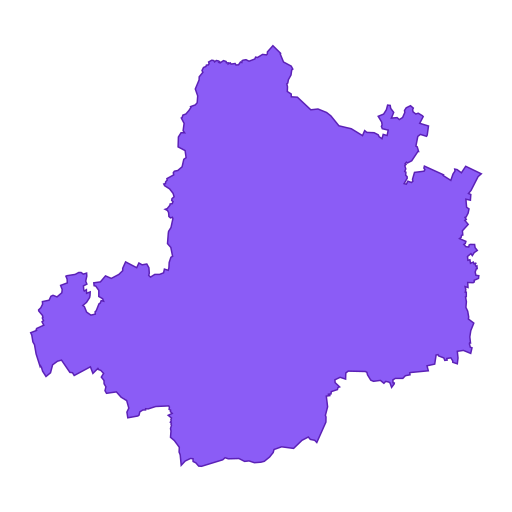 Cashel-Tipperary Lea-7, South Tipperary, Ireland (orthographic projection)
{"feature_id": "5873133B11959666540716", "entity_name": "Cashel-Tipperary Lea-7", "entity_type": "district", "adm_level": 2, "iso_a3": "IRL", "parent_name": "Ireland", "parent_adm1": "South Tipperary", "projection": "orthographic", "projection_center": [-8.111, 52.526], "detail": "fine", "context": "isolated", "style": "filled", "palette": "violet", "viewbox_px": 512, "rotation_deg": 0, "n_neighbors": 0, "source": "geoboundaries", "source_scale": "gbopen_adm2", "svg_char_len": 5997}
<svg xmlns="http://www.w3.org/2000/svg" viewBox="0 0 512 512"><path d="M201.5,466.3L222.7,459.8L225.1,457.7L228.3,458.8L238.9,458.5L244.6,461.4L249.0,460.9L254.4,462.7L260.9,462.2L264.3,461.3L269.6,457.0L273.2,452.5L274.0,449.5L281.6,446.8L293.6,448.4L302.0,440.3L308.3,437.0L310.3,439.4L314.7,440.3L316.8,442.5L325.9,422.1L326.0,417.0L325.4,415.3L327.6,406.8L326.3,396.1L330.5,395.5L328.5,395.4L328.4,394.2L331.0,393.9L331.3,391.6L337.4,389.6L338.0,387.5L339.6,386.9L335.1,382.6L334.9,379.8L340.1,377.3L345.6,379.1L345.8,373.0L348.2,371.1L365.3,371.5L366.9,372.3L367.5,374.8L370.8,380.2L373.5,381.3L380.4,380.4L383.9,383.3L385.7,381.4L388.7,382.0L390.0,382.9L391.6,387.4L394.2,383.9L394.3,383.0L393.0,382.8L392.9,379.9L395.3,378.4L402.8,378.4L405.4,375.7L410.0,374.8L409.7,372.8L410.6,372.5L428.3,370.8L427.0,365.8L434.7,364.1L436.1,355.0L438.0,354.6L438.6,355.9L443.8,357.9L444.8,360.4L447.1,360.1L446.8,358.5L450.8,357.8L452.7,360.8L452.8,362.3L457.3,363.8L458.0,358.0L457.3,351.3L463.4,350.4L470.7,353.4L472.0,347.8L470.3,347.2L469.4,343.9L469.6,342.9L470.5,343.0L469.8,336.9L470.8,330.6L473.8,323.1L468.4,319.0L468.7,317.0L467.7,311.2L465.9,307.4L466.4,301.7L465.5,296.9L466.3,296.6L466.3,292.2L465.3,292.2L465.8,289.6L465.1,286.6L468.0,287.5L467.7,282.5L473.1,282.7L474.3,281.9L474.2,280.3L478.5,278.4L478.8,275.7L475.9,275.3L475.2,272.0L476.4,268.6L477.2,268.6L476.9,265.9L476.0,266.3L475.0,264.1L476.3,263.0L473.9,263.7L473.3,262.1L470.5,263.3L469.9,259.8L467.9,260.3L467.5,256.5L470.9,253.6L472.3,255.6L474.2,252.6L477.3,250.4L475.1,247.7L474.6,244.5L470.3,244.4L469.2,244.9L468.7,247.0L465.9,246.7L463.8,244.4L465.3,243.5L465.9,241.4L459.5,238.6L461.2,237.2L461.5,235.3L462.8,235.0L462.4,230.8L468.2,224.4L464.8,220.4L466.3,219.5L465.0,217.4L466.1,217.0L468.1,213.2L469.0,208.9L466.6,207.3L465.9,199.2L470.4,200.2L470.8,194.5L468.5,193.5L471.1,190.3L478.1,176.6L481.3,173.8L465.7,166.3L461.4,172.8L457.1,169.6L454.7,169.1L455.0,171.0L453.0,174.0L450.8,180.4L443.1,175.5L443.5,174.8L424.4,166.1L423.9,168.1L424.9,169.7L424.0,171.2L414.5,172.4L412.5,179.3L412.9,181.2L411.5,182.5L407.9,181.2L406.3,184.2L404.1,183.6L407.2,178.2L407.1,176.6L405.7,175.3L405.9,172.2L404.7,171.5L405.8,168.9L404.8,165.7L406.0,164.4L405.1,163.8L406.4,162.2L407.4,163.0L411.7,160.8L417.9,151.5L418.6,151.5L417.2,146.8L415.9,146.1L417.8,136.4L420.4,134.4L426.5,136.3L427.2,135.1L428.5,126.0L419.7,123.3L423.2,116.6L422.4,115.7L418.2,113.2L415.8,114.0L413.1,111.9L412.6,109.8L413.3,108.1L410.5,105.7L406.2,107.8L404.5,110.5L404.8,112.5L402.6,117.5L399.3,119.6L397.1,117.6L391.4,118.1L393.7,112.4L390.7,108.4L390.2,105.4L387.6,105.1L386.4,109.7L383.6,114.1L378.2,116.3L381.7,122.1L382.1,124.9L381.4,126.4L382.3,128.7L388.2,130.1L387.1,135.5L383.2,134.4L382.0,138.7L379.2,136.8L378.2,134.8L374.1,132.7L366.8,132.4L364.7,130.6L362.5,135.6L351.4,128.8L338.9,125.8L330.9,115.9L326.6,112.5L318.0,109.0L310.8,109.8L297.4,97.2L291.3,96.8L291.2,94.0L287.3,91.5L287.5,86.8L286.8,83.9L287.8,83.0L288.4,79.7L291.0,75.0L291.7,70.0L292.8,69.1L291.2,66.1L283.5,62.0L280.2,53.9L280.6,53.3L272.9,45.7L267.4,51.9L267.4,53.8L266.5,54.9L262.6,54.4L257.5,57.5L255.6,57.1L254.8,59.0L249.0,61.2L246.0,59.7L243.1,60.2L242.1,60.7L241.8,62.5L240.5,62.0L238.5,64.8L236.0,65.0L235.1,63.5L231.1,64.1L230.3,62.9L228.3,63.9L228.5,62.9L226.4,62.8L226.1,61.5L223.5,60.6L220.1,62.9L219.0,62.5L219.8,61.9L218.7,61.0L216.3,60.5L214.6,61.9L213.8,60.6L211.8,60.2L208.6,62.0L209.1,63.7L208.3,64.9L206.4,65.1L205.9,66.5L203.5,67.5L202.0,70.5L202.9,72.3L199.2,76.8L199.1,79.9L195.3,89.0L197.7,95.9L197.2,102.7L195.3,104.9L190.6,106.6L191.0,107.3L189.0,110.4L185.9,114.0L182.9,115.1L182.1,117.6L181.3,118.0L184.1,123.4L183.1,130.7L184.6,132.8L181.1,132.7L178.4,137.0L178.1,146.9L185.1,150.6L186.1,157.7L183.8,159.3L182.1,166.8L177.8,170.5L174.4,171.2L173.3,172.7L173.7,174.9L166.9,178.6L167.2,180.1L165.6,181.9L165.5,183.6L163.8,184.0L164.6,185.7L169.6,188.9L173.1,193.4L174.1,196.8L172.0,198.6L171.7,200.5L173.0,201.5L172.3,203.6L170.1,204.0L169.9,205.3L167.2,208.6L165.2,209.3L167.5,210.5L168.6,212.6L168.9,216.5L170.5,217.9L172.4,217.3L172.9,218.6L171.0,227.5L168.6,231.3L168.3,233.2L167.5,243.6L170.8,247.4L172.6,256.3L170.9,257.3L169.2,262.4L168.9,267.9L168.2,270.3L164.4,269.1L163.6,272.8L159.6,274.4L154.8,274.4L150.5,277.1L148.7,275.4L149.3,273.1L148.9,267.8L146.8,264.0L142.1,264.8L138.9,263.0L136.7,267.7L125.6,261.9L122.7,268.3L122.7,270.7L118.9,274.4L111.3,278.4L105.5,275.9L100.4,281.9L93.8,282.8L94.1,285.7L95.8,286.1L98.8,290.4L98.8,296.5L102.6,298.7L103.6,301.2L101.2,300.6L100.3,303.0L99.0,303.8L96.2,310.8L95.1,311.8L95.3,314.1L90.9,315.1L86.6,312.1L84.4,306.7L82.8,305.5L86.5,302.4L89.6,297.6L90.0,295.6L90.2,291.9L86.6,293.3L86.4,289.7L84.3,291.0L83.8,290.1L83.4,285.9L86.9,284.1L85.7,281.2L86.8,276.1L86.6,273.1L83.3,274.1L81.1,272.5L78.7,272.5L75.2,274.4L67.0,275.7L65.9,276.2L67.1,279.1L67.3,282.9L60.6,285.4L62.2,289.6L61.8,292.8L57.0,296.9L53.0,295.3L50.9,296.3L49.1,300.2L42.4,301.6L42.6,304.2L40.8,307.8L38.6,309.9L38.7,310.9L42.5,315.5L42.9,317.5L42.3,318.0L43.5,320.7L42.0,321.8L43.8,325.2L36.8,328.4L36.2,329.3L36.6,330.4L30.7,332.7L31.8,335.1L32.9,341.9L34.5,344.7L36.1,353.9L40.1,366.5L40.5,365.8L41.5,367.5L42.6,371.2L46.0,376.5L50.5,372.8L52.6,364.8L57.5,361.2L61.5,360.1L69.9,372.4L72.5,372.7L74.2,375.5L90.4,366.8L92.9,373.4L98.4,367.9L97.8,369.3L100.8,370.4L103.6,373.4L101.3,377.1L104.0,380.5L104.1,383.8L105.9,386.8L105.0,390.7L106.5,393.3L116.4,391.9L121.2,397.3L126.7,400.6L128.8,408.1L126.9,412.1L127.8,417.8L137.8,416.0L139.0,415.2L139.8,411.9L142.8,410.0L145.6,409.9L145.6,408.7L148.2,408.9L155.7,406.5L168.7,405.9L169.4,407.1L169.1,409.4L170.6,410.1L170.4,411.6L172.2,413.4L168.2,415.3L171.5,418.0L170.9,419.7L171.3,420.9L170.3,422.2L171.4,423.1L171.0,424.2L171.5,425.2L170.5,428.6L171.0,431.0L170.5,437.3L174.4,440.6L179.3,447.3L179.1,452.1L180.2,454.8L181.2,465.3L185.2,461.0L190.4,458.5L193.0,458.7L193.1,461.5L195.8,462.8L198.7,466.1L201.5,466.3Z" fill="#8b5cf6" stroke="#5b21b6" stroke-width="1.5"/></svg>